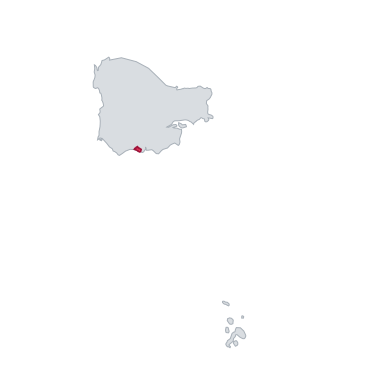 Jama, Manabi, Ecuador (highlighted), rotated 244°
{"feature_id": "8360857B32343432212573", "entity_name": "Jama", "entity_type": "district", "adm_level": 2, "iso_a3": "ECU", "parent_name": "Ecuador", "parent_adm1": "Manabi", "projection": "mercator", "projection_center": [-80.22, -0.215], "detail": "fine", "context": "in_parent", "style": "filled", "palette": "rose", "viewbox_px": 384, "rotation_deg": 244, "n_neighbors": 0, "source": "geoboundaries", "source_scale": "gbopen_adm2", "svg_char_len": 5006}
<svg xmlns="http://www.w3.org/2000/svg" viewBox="0 0 384 384"><g transform="rotate(244 192 192)"><path d="M349.1,160.0L348.0,160.7L345.4,161.0L343.3,160.3L342.5,160.3L342.4,161.0L345.1,162.7L346.4,165.8L348.3,167.7L349.5,168.6L349.5,169.3L349.2,170.5L349.1,171.5L349.7,176.3L349.3,176.5L347.8,176.5L346.7,175.7L343.6,187.4L333.6,199.0L322.2,207.2L309.1,212.0L299.5,215.3L298.0,216.6L293.3,222.4L293.1,223.0L293.7,224.0L293.8,224.6L293.1,225.0L292.5,225.1L292.2,224.8L292.0,224.1L291.4,223.4L290.6,223.1L290.2,223.3L290.2,224.0L289.2,227.1L289.1,228.7L288.7,229.3L288.8,230.6L287.8,231.9L287.0,234.0L286.3,234.7L285.2,238.0L283.8,241.2L283.7,242.3L284.1,243.1L284.3,243.8L283.6,245.8L280.3,247.8L279.4,248.7L279.0,249.8L279.3,250.7L279.2,251.5L278.1,251.8L277.0,253.6L276.1,254.0L274.0,253.4L272.5,253.4L271.2,252.8L268.8,249.7L268.0,247.9L267.7,245.3L265.3,243.7L262.3,244.1L261.4,243.5L259.1,242.5L257.2,241.2L255.7,240.6L254.6,240.9L252.7,243.0L251.0,243.9L250.2,243.8L249.2,243.2L249.0,242.5L251.6,239.0L249.7,238.9L249.0,238.1L248.9,237.2L248.6,236.3L249.0,235.1L250.0,234.5L251.5,235.0L252.5,235.0L253.2,233.9L254.6,233.1L254.9,232.6L254.2,230.8L254.0,229.9L254.2,229.4L254.1,227.5L253.7,226.8L253.7,225.7L253.3,225.2L253.1,223.8L252.1,223.1L255.3,221.9L256.4,220.9L257.9,220.1L259.1,218.7L259.9,217.4L261.8,211.4L263.6,207.6L263.3,205.7L261.8,203.3L261.5,199.6L261.6,198.5L261.4,197.7L260.4,199.2L260.7,204.6L259.8,207.0L258.6,207.6L257.8,207.1L258.3,203.2L257.4,203.9L255.9,206.6L253.6,208.6L253.5,209.2L252.9,210.0L251.1,209.3L249.7,208.5L245.2,204.1L242.2,203.1L240.5,201.6L240.1,200.9L239.9,200.1L241.7,199.1L243.6,197.9L243.8,195.2L243.7,193.0L242.3,189.3L243.0,184.6L242.6,182.7L241.0,178.7L242.2,176.7L246.4,175.2L247.7,174.3L248.7,171.1L249.6,169.2L251.5,170.0L252.9,169.9L251.0,169.2L249.4,166.3L249.1,165.0L252.2,161.1L253.8,160.1L255.8,158.1L257.5,155.0L257.9,150.1L257.2,146.6L256.7,142.9L257.7,141.9L260.2,141.4L262.3,140.2L263.4,139.1L265.8,139.3L268.7,137.6L273.2,136.7L279.5,134.8L280.9,133.0L280.3,130.0L282.7,131.8L283.7,133.3L287.0,134.9L290.8,137.8L293.4,139.3L296.1,140.7L300.1,142.1L302.6,141.8L303.6,144.0L304.5,144.7L306.8,145.4L307.1,145.7L307.9,149.8L308.4,150.4L310.4,151.0L312.9,151.3L313.9,151.1L316.0,152.3L319.3,153.2L320.5,153.3L321.1,153.1L321.3,152.7L322.2,152.8L323.7,153.3L325.8,153.4L327.1,152.9L327.3,150.7L327.8,150.2L329.3,149.3L330.1,149.5L334.0,151.3L334.8,151.9L335.8,153.2L337.6,155.0L339.6,156.2L342.7,156.7L345.6,158.7L349.1,160.0ZM41.6,157.5L42.8,158.7L43.5,162.2L47.3,166.0L47.8,168.0L47.5,169.0L47.6,169.4L49.5,170.9L50.7,172.4L48.7,176.0L44.3,177.6L39.7,177.5L38.8,177.1L37.6,175.7L37.3,174.5L38.0,173.3L40.4,171.5L44.1,169.9L44.5,168.7L43.1,167.5L42.1,165.1L39.8,163.5L38.6,158.4L37.8,158.1L36.3,158.8L35.5,158.2L35.4,157.9L37.1,156.8L37.4,155.9L39.9,155.5L41.0,156.2L41.6,157.5ZM59.6,172.8L58.6,172.8L55.7,171.0L55.9,169.1L57.0,167.9L60.9,167.3L62.5,168.4L62.4,170.6L61.1,172.2L60.0,172.5L59.6,172.8ZM255.8,215.1L255.5,215.9L253.7,215.8L253.1,215.6L253.6,212.0L254.1,210.9L255.6,209.8L256.8,209.3L258.4,209.4L260.1,210.4L258.1,212.2L256.6,212.7L255.8,215.1ZM38.7,166.8L36.7,167.1L35.1,166.5L34.4,165.5L34.3,163.9L34.4,163.4L38.0,162.9L39.2,164.2L39.2,166.0L38.7,166.8ZM77.3,175.5L75.0,176.3L73.7,175.5L73.6,175.0L74.9,173.9L76.1,173.2L77.2,171.8L79.2,171.0L79.8,171.2L80.2,171.5L80.3,172.0L79.6,173.1L78.4,173.8L77.3,175.5ZM55.0,164.4L54.2,165.0L50.5,164.3L49.4,163.2L50.3,161.6L51.1,161.0L53.2,161.6L55.4,163.3L55.0,164.4ZM57.9,183.7L57.2,183.8L56.1,182.9L56.9,181.4L58.4,182.2L58.8,182.8L57.9,183.7ZM279.4,133.9L278.3,134.0L277.8,133.1L279.1,132.0L279.5,131.8L279.4,133.9Z" fill="#d9dde1" stroke="#a8b0b8" stroke-width="1"/><path d="M256.8,162.5L256.7,162.5L256.5,162.4L256.4,162.4L256.4,162.2L256.3,161.9L256.3,161.7L256.3,161.4L256.4,161.2L256.5,161.1L256.4,161.0L256.3,160.9L256.2,160.9L256.0,160.7L255.9,160.6L255.9,160.4L256.0,160.3L256.3,160.2L256.3,159.9L256.3,159.7L256.2,159.5L256.2,159.4L256.0,159.2L255.9,159.2L255.7,159.2L255.7,159.3L255.4,159.3L255.4,159.2L255.3,159.3L255.2,159.3L254.9,159.5L254.7,159.8L254.5,160.1L254.4,160.1L254.2,160.3L254.0,160.5L253.9,160.5L253.6,160.9L253.4,161.0L253.2,161.1L252.9,161.4L252.8,161.5L252.7,161.6L252.4,161.6L252.2,161.4L252.0,161.5L251.9,161.7L251.9,161.8L251.7,162.0L251.4,162.2L251.3,162.3L251.2,162.3L251.0,162.5L251.0,162.8L250.9,162.8L250.9,163.0L250.9,163.3L251.0,163.3L251.2,163.5L251.3,163.6L251.3,163.8L251.3,164.0L251.5,164.2L251.6,164.3L251.8,164.4L252.0,164.4L252.1,164.5L252.3,164.6L252.3,164.8L252.4,165.0L252.5,165.0L252.5,164.9L252.8,164.8L252.8,164.7L253.0,164.5L253.1,164.4L253.3,164.4L253.5,164.4L253.6,164.2L253.8,164.1L254.0,164.2L254.3,163.9L254.5,163.9L254.7,163.7L254.8,163.7L254.7,163.7L254.5,163.4L254.8,163.4L255.0,163.4L255.0,163.5L255.2,163.4L255.3,163.4L255.5,163.3L255.6,163.2L255.8,163.1L255.8,162.9L255.9,163.0L256.0,163.0L256.0,162.9L256.3,162.9L256.5,162.8L256.8,162.8L256.8,162.7L256.8,162.5Z" fill="#f43f5e" stroke="#9f1239" stroke-width="1.5"/></g></svg>